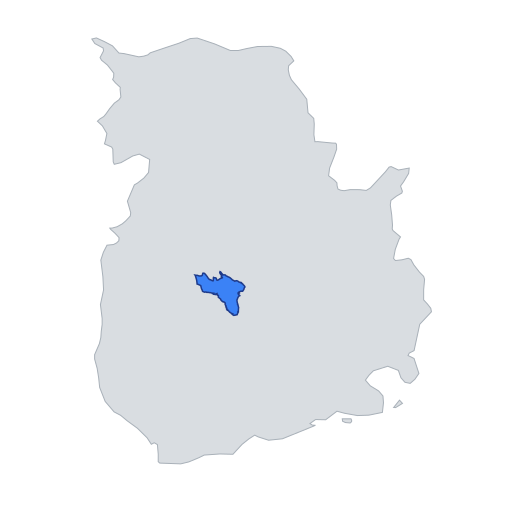 Stoung, Kâmpóng Thum, Cambodia shown in context, rotated 274°
{"feature_id": "14789045B61102121423301", "entity_name": "Stoung", "entity_type": "district", "adm_level": 2, "iso_a3": "KHM", "parent_name": "Cambodia", "parent_adm1": "Kâmpóng Thum", "projection": "orthographic", "projection_center": [104.491, 12.979], "detail": "fine", "context": "in_parent", "style": "filled", "palette": "blue", "viewbox_px": 512, "rotation_deg": 274, "n_neighbors": 0, "source": "geoboundaries", "source_scale": "gbopen_adm2", "svg_char_len": 7644}
<svg xmlns="http://www.w3.org/2000/svg" viewBox="0 0 512 512"><g transform="rotate(274 256 256)"><path d="M461.0,77.1L462.4,81.6L459.1,90.3L455.6,98.2L448.9,105.1L448.7,110.2L446.5,125.2L447.5,130.0L449.1,134.1L451.3,136.3L457.4,150.9L462.9,164.3L468.3,175.2L469.3,182.2L464.7,199.9L459.2,216.1L459.8,224.2L462.3,232.3L465.1,243.0L466.2,256.8L464.9,265.8L462.4,271.4L457.5,277.1L453.3,280.1L448.1,275.3L444.0,275.2L438.6,276.7L434.3,279.0L425.6,287.4L415.9,295.7L402.5,297.9L397.3,304.0L391.7,304.9L381.0,305.3L374.1,306.8L374.4,309.8L374.0,324.2L374.1,327.6L373.0,328.5L368.2,329.0L360.0,326.8L348.9,323.3L341.1,322.8L337.0,329.1L334.6,331.6L331.7,332.0L328.5,333.1L327.5,335.9L327.3,339.4L328.8,345.4L329.4,354.9L329.1,361.4L332.0,365.5L349.0,379.2L354.0,382.6L354.6,384.6L351.7,392.1L354.4,402.7L349.0,402.5L340.2,398.0L335.9,395.3L330.8,397.5L329.0,397.1L325.5,391.9L320.9,386.7L316.3,386.4L306.4,388.5L296.3,390.0L292.5,390.0L290.9,390.9L285.1,398.8L282.6,397.5L272.4,394.5L263.1,393.4L261.2,395.4L262.4,401.9L264.4,408.1L263.2,410.8L258.1,414.1L251.4,420.1L247.3,424.7L244.4,425.8L234.1,425.6L223.9,426.3L219.8,430.6L216.0,434.0L212.6,434.9L199.3,424.1L172.7,420.3L169.8,415.6L167.3,414.6L164.8,420.8L150.2,426.7L144.1,423.1L139.7,418.7L140.4,413.4L144.6,409.1L151.8,406.0L155.2,395.1L149.7,381.1L144.9,377.0L139.8,373.8L134.5,379.0L129.9,387.8L125.2,392.4L118.5,393.4L108.8,393.0L105.1,379.7L103.9,368.3L105.3,355.3L106.8,347.6L97.5,336.9L97.0,326.8L92.6,321.5L91.2,324.1L91.3,327.1L90.1,324.9L75.5,295.1L73.1,281.4L75.7,270.8L77.2,267.2L73.0,261.6L67.1,255.2L56.6,246.8L56.0,233.7L53.8,218.2L50.7,212.9L45.9,203.3L43.4,195.4L42.7,174.5L44.0,172.8L51.5,172.3L61.0,170.8L62.6,167.5L60.9,164.7L67.1,160.0L75.9,149.7L82.7,138.9L87.6,132.1L90.6,125.3L100.4,115.7L114.0,109.2L123.2,107.6L132.8,105.4L142.0,102.2L146.3,101.9L157.7,105.9L163.8,106.9L170.3,106.9L177.0,107.3L182.8,106.9L196.7,104.2L211.5,106.3L224.7,104.7L241.1,101.5L249.1,103.5L256.4,106.6L257.5,113.0L259.2,115.9L261.6,118.1L264.8,118.1L269.0,113.6L272.5,109.1L273.6,108.2L273.8,110.5L275.5,115.4L278.7,120.3L281.8,123.5L287.1,127.8L290.5,128.0L301.7,123.9L318.5,129.7L320.5,132.7L325.9,138.7L331.8,143.0L344.9,143.2L349.5,132.5L347.2,126.1L339.7,114.8L337.6,108.2L340.0,107.0L352.6,105.7L354.6,104.4L357.3,97.0L360.8,97.8L367.8,98.7L375.1,93.7L379.4,88.4L381.9,90.8L384.5,94.4L387.4,96.5L392.7,99.7L398.6,104.0L402.3,108.4L405.2,110.1L412.7,108.8L414.7,108.9L419.0,103.6L422.0,100.7L424.6,101.5L428.4,101.4L436.1,94.5L440.5,88.3L443.0,86.6L450.0,89.6L452.8,89.0L456.7,80.4L461.0,77.1ZM100.2,362.1L98.7,362.9L97.4,362.9L96.0,361.6L96.1,356.8L97.2,353.9L99.6,353.4L100.2,362.1ZM122.2,409.2L119.2,412.4L114.5,405.8L114.5,403.9L122.2,409.2Z" fill="#d9dde1" stroke="#a8b0b8" stroke-width="1"/><path d="M237.9,221.2L237.6,221.1L236.7,221.0L236.4,221.2L236.3,221.3L236.3,221.5L236.5,221.7L236.3,221.8L236.2,221.8L236.2,221.7L236.2,221.4L235.8,221.6L235.9,221.8L235.7,222.0L235.5,221.9L235.4,221.9L235.3,222.0L235.5,222.2L235.5,222.3L235.4,222.4L235.2,222.4L234.9,222.5L235.0,222.8L234.9,222.9L234.8,223.0L234.7,223.0L234.4,222.8L234.3,223.0L234.2,223.2L233.7,223.3L233.5,223.2L233.3,223.0L233.2,222.9L232.9,222.9L232.8,223.0L232.7,223.3L232.5,223.5L232.4,223.0L232.1,223.1L232.1,223.3L232.1,223.5L231.8,223.7L231.6,223.3L231.4,222.8L230.9,221.8L230.7,221.5L229.6,220.2L229.4,219.8L229.1,219.1L229.2,218.8L229.2,218.7L229.3,218.6L229.9,218.3L230.8,218.0L231.1,217.8L231.3,217.5L231.4,217.2L231.4,216.9L231.4,216.4L231.4,216.0L231.5,215.7L231.7,215.1L231.3,215.0L228.7,215.1L228.3,215.0L228.2,214.7L228.6,213.3L228.7,213.2L228.9,212.7L229.2,212.5L229.1,212.2L229.2,211.7L229.3,211.4L229.3,211.2L229.5,210.9L229.8,210.6L230.1,210.4L230.3,210.2L230.7,209.7L231.3,209.3L232.0,208.8L233.7,207.3L234.0,206.9L234.9,206.1L235.1,205.8L235.1,205.6L235.2,205.1L235.2,204.7L235.2,204.3L235.0,204.1L234.9,204.1L233.4,203.8L233.0,203.7L232.8,203.6L232.6,203.4L232.4,203.0L232.2,201.8L232.1,201.0L232.2,200.6L232.3,199.9L232.5,199.4L232.6,199.1L232.6,197.6L232.6,197.3L232.7,196.5L232.3,196.8L232.0,196.9L231.1,197.3L228.0,198.4L226.3,198.8L224.6,199.1L223.9,199.2L223.8,199.8L223.3,201.2L223.0,202.1L222.6,202.9L222.5,203.0L222.2,203.1L221.7,203.2L221.1,203.4L220.3,203.7L219.5,203.9L219.2,204.1L218.3,204.8L217.7,204.8L217.3,205.0L217.1,205.3L216.9,205.4L216.5,206.6L216.3,207.2L216.4,207.6L216.6,208.3L216.5,209.0L216.3,209.2L216.3,209.4L216.4,210.8L216.3,211.8L216.2,212.3L216.3,212.8L215.9,214.7L215.9,215.0L215.9,215.5L215.9,216.1L215.4,215.8L215.4,216.1L215.2,216.2L214.9,216.4L214.9,216.5L215.0,216.6L214.9,216.6L214.9,216.8L214.8,217.0L214.9,217.3L214.9,217.5L214.8,217.8L214.7,218.1L214.8,218.2L214.8,218.3L215.0,218.4L215.0,218.5L215.5,218.8L215.4,219.0L215.5,219.1L215.4,219.2L215.4,219.3L215.2,219.4L215.3,219.5L215.2,219.5L215.2,219.8L215.0,220.0L214.9,220.0L214.9,219.8L214.8,219.7L214.7,219.8L214.8,220.0L214.7,220.0L214.6,219.8L214.4,220.0L214.2,220.3L214.2,220.5L214.3,220.5L214.2,220.7L214.1,220.9L214.1,221.0L213.9,221.1L213.8,221.3L213.7,221.3L213.3,221.3L212.7,221.2L212.4,221.2L211.9,221.8L211.4,222.5L210.9,223.3L210.7,223.6L210.3,223.8L209.9,223.8L209.5,224.3L209.1,224.6L208.9,224.9L208.8,225.1L208.7,225.3L208.4,225.4L208.3,225.6L208.2,225.8L208.2,226.0L207.9,226.4L208.0,226.5L208.1,226.8L207.5,228.0L207.3,228.3L207.0,228.4L206.6,228.7L206.2,228.5L205.6,228.6L205.3,228.7L205.2,228.8L204.6,229.3L204.4,229.2L204.0,229.5L203.6,229.7L203.4,229.7L203.1,229.5L202.8,230.0L202.4,230.1L202.2,230.3L202.0,230.2L201.8,230.2L201.6,230.2L201.4,230.3L201.1,230.3L200.9,230.4L200.8,230.5L200.9,230.8L201.0,230.9L200.9,231.0L200.6,231.3L200.2,231.1L199.9,231.1L199.8,231.3L199.9,231.8L199.4,232.4L198.9,232.9L198.1,233.7L198.1,233.8L197.9,234.0L197.9,234.3L197.7,234.6L197.3,235.1L197.2,235.2L197.0,235.3L196.9,235.4L197.0,235.6L197.0,235.9L196.9,236.0L196.6,236.1L196.5,236.3L196.7,236.6L196.7,236.8L196.1,236.6L196.0,236.9L195.9,237.0L195.6,237.1L195.4,237.5L195.2,238.0L195.4,238.7L195.5,239.1L195.7,240.1L195.9,240.5L196.1,240.8L196.2,241.3L196.3,241.3L198.1,241.9L198.4,242.0L198.6,242.1L198.8,242.0L198.7,241.8L198.4,241.3L198.5,241.4L198.7,241.8L198.8,241.9L199.1,241.8L199.3,241.9L199.3,242.0L199.1,242.0L199.0,241.9L198.9,242.0L199.0,242.3L201.0,242.2L201.7,242.2L202.5,242.2L203.3,242.3L204.0,242.0L204.7,241.8L206.0,241.4L206.1,241.2L206.2,241.3L206.4,241.3L208.1,240.6L208.9,240.4L210.2,240.1L211.0,240.1L211.3,240.2L211.7,240.4L212.0,240.5L212.4,240.6L212.7,240.6L213.0,240.7L213.4,240.9L213.5,241.0L214.1,241.2L214.5,241.4L214.7,241.6L215.3,242.6L215.7,242.3L216.2,241.7L216.4,241.3L216.5,241.2L216.8,241.1L217.0,241.2L217.0,240.9L217.3,240.8L217.3,241.0L217.5,241.1L217.5,241.5L217.8,241.9L218.0,241.6L218.3,241.5L218.3,241.4L218.5,241.1L218.7,241.3L218.9,241.6L219.0,242.0L219.3,242.3L219.5,242.8L219.8,243.2L219.9,243.5L219.9,243.9L219.8,244.1L219.9,244.6L220.0,244.8L219.9,245.0L220.0,245.2L220.4,245.4L220.8,245.6L221.7,246.2L222.6,246.3L222.9,246.4L223.1,246.5L223.6,246.6L224.2,247.1L224.4,247.1L224.7,247.0L225.3,246.6L225.6,246.2L226.1,245.8L226.3,245.4L227.1,244.8L227.6,244.1L227.6,243.9L227.8,243.9L228.1,243.5L228.5,243.2L228.6,242.6L228.3,242.4L228.7,241.7L228.8,241.2L228.8,240.9L229.0,240.6L229.5,239.9L229.7,239.6L230.0,238.5L230.0,238.3L229.8,237.8L229.7,237.0L229.6,236.8L229.4,236.6L230.1,235.2L230.2,234.9L230.3,234.6L230.7,233.8L231.2,233.4L231.6,232.8L232.4,231.8L232.9,230.8L233.1,230.3L233.3,229.5L233.5,229.1L233.7,228.8L233.8,228.6L233.9,228.2L234.0,227.7L234.4,227.2L234.7,227.0L234.8,226.8L235.0,226.5L234.9,224.5L236.3,223.0L237.5,222.0L237.7,221.8L237.8,221.4L237.9,221.2Z" fill="#3b82f6" stroke="#1e3a8a" stroke-width="1.5"/></g></svg>